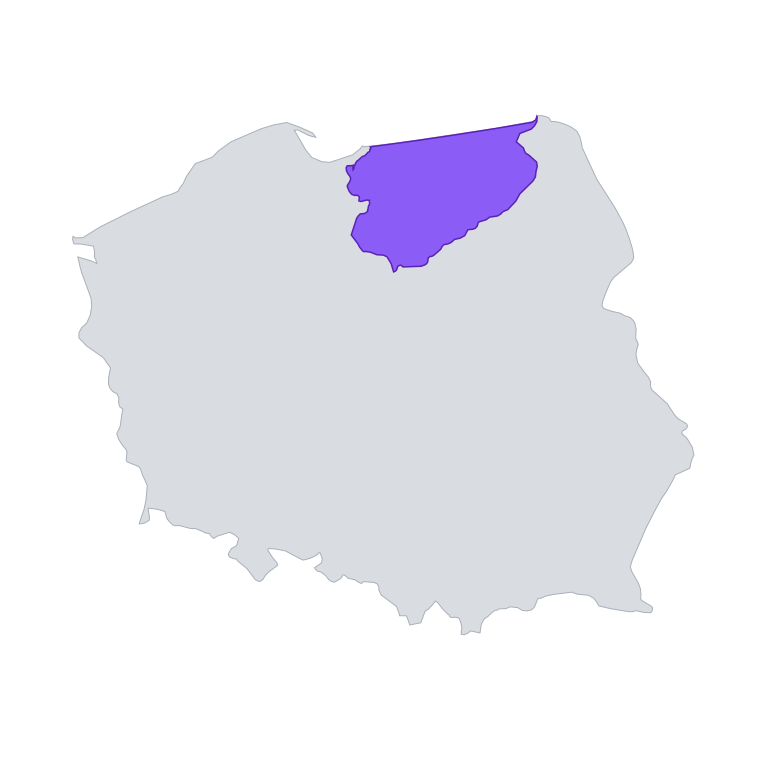 where Warmian-Masurian sits in Poland, rotated 349°
{"feature_id": "POL-3139", "entity_name": "Warmian-Masurian", "entity_type": "Voivodeship", "adm_level": 1, "iso_a3": "POL", "parent_name": "Poland", "parent_adm1": "", "projection": "albers", "projection_center": [20.397, 53.764], "detail": "fine", "context": "in_parent", "style": "filled", "palette": "violet", "viewbox_px": 768, "rotation_deg": 349, "n_neighbors": 0, "source": "natural_earth", "source_scale": "10m", "svg_char_len": 5533}
<svg xmlns="http://www.w3.org/2000/svg" viewBox="0 0 768 768"><g transform="rotate(349 384 384)"><path d="M641.3,421.1L644.7,427.5L646.2,432.6L645.1,436.7L645.7,440.7L658.3,457.5L663.4,470.0L666.5,474.7L673.4,480.8L674.1,483.4L671.6,486.0L667.8,487.1L666.8,489.4L671.1,495.2L674.6,505.0L674.7,513.2L672.6,515.4L669.9,520.4L668.2,525.0L652.6,528.8L649.0,533.8L640.7,543.4L635.0,548.9L626.7,558.8L613.4,575.8L594.1,604.2L590.8,610.7L591.6,615.9L595.7,628.1L596.6,633.6L596.2,638.7L595.1,643.3L595.4,645.4L604.5,653.6L604.8,655.3L604.1,657.6L602.3,659.4L595.5,657.8L587.8,654.5L585.3,655.0L581.2,654.3L564.1,648.0L552.7,642.9L551.5,639.5L549.2,634.5L544.3,630.4L533.2,627.0L528.7,624.2L510.8,622.9L503.0,623.0L497.5,624.2L494.0,624.1L489.2,631.6L485.9,633.8L481.0,634.0L476.7,632.7L472.3,628.9L465.3,626.8L460.3,627.8L456.6,627.0L453.4,626.8L452.2,627.6L449.7,627.4L445.9,629.3L441.8,631.9L437.3,633.9L433.8,638.2L430.7,646.7L421.9,642.9L418.9,644.5L414.8,645.5L412.0,644.4L412.7,641.5L414.0,638.2L413.9,633.6L413.2,628.5L410.5,626.8L406.4,626.2L404.3,625.2L404.1,623.5L402.1,621.3L398.5,615.8L395.2,609.0L392.9,606.9L389.4,610.1L384.2,613.7L381.0,614.9L374.5,625.4L363.3,625.5L362.7,620.6L361.7,615.8L355.1,614.5L355.0,611.7L353.8,604.7L341.1,590.8L339.6,585.1L340.2,582.9L339.4,579.2L336.6,577.0L326.4,574.1L323.7,575.5L321.4,573.9L317.8,570.5L311.4,567.7L310.7,566.3L308.5,563.9L307.2,563.5L306.3,564.9L304.3,566.8L297.6,569.1L295.0,568.0L292.6,565.7L290.1,560.9L286.2,556.5L283.0,554.9L281.2,552.7L280.8,551.0L288.3,547.8L290.0,544.4L289.3,537.9L288.3,537.1L285.3,539.1L279.1,540.8L273.5,541.4L270.6,541.3L255.2,528.9L245.0,524.9L239.0,523.5L238.2,524.7L240.7,531.4L245.0,539.7L244.7,541.9L235.5,546.2L231.5,548.8L228.1,552.5L225.2,554.1L222.8,553.5L220.3,551.5L214.3,539.2L206.5,529.6L205.6,527.5L203.1,526.8L199.5,524.5L198.5,521.7L200.5,518.8L203.1,516.3L207.7,514.9L209.2,513.4L210.1,511.1L211.9,508.2L211.5,507.1L208.6,503.5L204.1,500.0L190.9,501.6L187.3,503.1L185.4,500.8L184.1,497.4L180.9,496.5L176.6,493.3L171.4,490.0L166.3,488.8L155.8,483.8L151.7,483.3L149.4,481.6L147.1,478.2L145.2,474.6L144.6,467.3L137.0,463.5L129.2,460.9L128.6,461.9L128.4,469.1L127.7,472.9L122.3,474.9L117.1,474.7L117.5,473.5L124.6,461.1L128.0,453.1L132.3,438.5L129.4,426.4L128.8,420.8L127.3,418.1L117.1,411.5L116.4,409.4L118.7,401.8L118.1,398.5L115.8,394.8L113.0,387.7L112.2,381.7L117.0,375.2L120.9,363.6L122.9,358.9L120.3,356.0L119.9,352.1L121.1,346.8L119.9,342.6L116.4,339.7L114.3,336.1L113.5,331.7L115.0,325.0L118.6,316.0L113.4,304.5L99.6,290.2L93.3,280.6L94.3,275.5L97.9,271.1L103.9,267.4L108.8,260.3L112.0,251.6L112.8,243.7L108.5,217.3L108.0,210.8L107.7,200.8L120.0,207.3L125.1,210.8L124.8,207.3L123.9,204.2L125.0,199.9L125.2,193.3L113.9,189.0L106.3,187.2L105.9,182.6L106.9,179.7L108.8,181.6L116.3,182.9L135.4,175.6L168.1,166.5L202.7,158.0L210.7,157.3L218.7,155.5L221.9,151.6L225.0,149.1L230.0,142.2L240.7,131.7L258.8,128.6L265.7,123.7L280.1,117.0L312.2,110.0L325.5,108.6L338.5,108.8L349.9,115.6L361.9,124.0L364.1,128.9L357.5,125.7L348.0,118.2L344.4,117.8L352.1,140.0L356.4,147.9L365.5,154.0L373.2,156.1L397.1,153.0L405.6,148.5L408.1,146.2L410.2,147.3L441.4,150.0L549.7,154.6L580.9,154.6L582.7,153.9L585.8,150.1L589.7,150.5L594.3,152.6L596.5,154.3L597.5,156.2L598.2,158.4L600.7,158.7L605.3,160.3L611.7,163.9L616.7,167.5L621.6,172.7L623.4,178.8L623.8,185.7L623.7,190.1L632.0,223.9L644.2,254.6L648.9,269.4L650.9,277.4L652.7,288.9L653.5,297.1L653.7,301.6L653.2,308.0L650.1,311.9L629.6,323.5L625.8,327.1L619.9,335.6L614.5,344.4L613.3,347.4L613.0,349.4L614.4,352.1L622.1,356.4L629.9,359.8L632.5,362.4L638.3,365.7L640.5,368.8L641.8,371.5L642.0,377.9L639.8,386.9L641.2,393.5L638.8,398.1L636.9,403.1L637.0,411.8L641.3,421.1Z" fill="#d9dde1" stroke="#a8b0b8" stroke-width="1"/><path d="M582.8,154.0L583.8,153.1L585.1,150.5L585.3,151.2L584.0,155.8L581.0,159.2L577.4,161.8L565.1,164.0L560.1,171.5L565.9,178.9L566.3,181.7L567.0,184.3L569.9,187.0L576.1,195.2L576.0,199.6L573.9,204.0L572.1,209.6L569.0,213.1L553.6,223.3L548.3,229.6L538.7,236.5L534.5,237.3L532.7,238.1L531.1,239.4L527.6,240.7L519.5,240.4L515.4,242.3L508.6,242.9L507.2,243.7L505.6,246.9L503.3,248.6L500.8,249.0L495.7,248.6L491.5,253.8L486.4,255.4L481.0,255.5L476.8,257.9L473.3,258.7L469.2,258.6L467.1,260.3L465.3,262.6L457.3,267.2L455.3,267.8L453.1,267.6L451.3,269.0L450.3,272.2L448.9,273.9L447.1,274.8L442.9,275.5L424.9,272.7L424.4,272.1L424.0,271.2L423.1,270.6L422.2,270.4L419.9,271.1L418.4,274.0L416.8,275.4L414.8,275.8L414.0,267.2L411.2,259.7L408.0,257.4L401.6,255.7L395.6,251.9L391.2,250.4L390.2,250.4L388.8,249.8L388.0,248.5L386.3,245.2L385.0,241.1L380.3,231.5L388.8,216.1L390.9,214.0L393.2,212.5L397.7,212.9L400.9,211.5L401.1,210.0L401.8,209.0L402.7,206.3L403.7,205.2L404.4,204.0L404.4,202.4L404.7,200.9L401.9,200.1L396.3,200.5L394.3,199.5L395.5,195.7L394.1,193.7L391.2,193.3L388.5,191.7L386.7,188.5L385.8,184.4L385.7,182.6L386.6,181.3L389.0,178.8L389.9,177.3L390.6,175.6L390.0,173.2L388.9,171.2L387.8,167.5L388.2,164.3L389.6,162.8L394.5,163.5L395.8,163.3L395.8,164.0L395.2,164.5L394.8,165.4L394.6,166.5L394.5,167.9L395.3,167.2L396.3,164.6L396.7,164.1L397.1,163.7L398.5,161.4L399.9,160.1L400.6,159.7L401.3,159.5L405.7,156.8L406.6,156.5L408.8,156.2L412.4,153.6L413.1,153.3L413.9,153.2L414.4,152.7L414.7,151.7L415.1,150.7L416.0,150.6L415.9,150.1L415.8,149.1L415.7,148.7L416.3,148.7L416.5,148.6L427.9,149.3L449.3,150.5L465.2,151.4L481.2,152.1L501.0,153.0L524.9,153.9L540.3,154.4L555.7,154.8L568.6,155.1L579.0,155.4L582.8,154.0Z" fill="#8b5cf6" stroke="#5b21b6" stroke-width="1.5"/></g></svg>